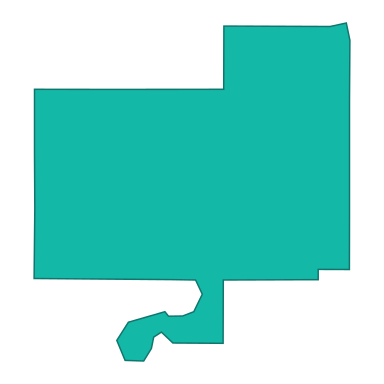 outline of Tallahatchie, Mississippi, United States of America
{"feature_id": "52423323B23057609078581", "entity_name": "Tallahatchie", "entity_type": "district", "adm_level": 2, "iso_a3": "USA", "parent_name": "United States of America", "parent_adm1": "Mississippi", "projection": "mercator", "projection_center": [-90.171, 33.931], "detail": "fine", "context": "isolated", "style": "filled", "palette": "teal", "viewbox_px": 384, "rotation_deg": 0, "n_neighbors": 0, "source": "geoboundaries", "source_scale": "gbopen_adm2", "svg_char_len": 549}
<svg xmlns="http://www.w3.org/2000/svg" viewBox="0 0 384 384"><path d="M346.3,23.0L330.1,26.5L233.7,26.1L223.9,26.1L223.7,89.3L131.4,89.4L99.8,89.4L34.5,89.3L34.5,152.5L34.8,208.3L34.1,278.5L170.8,279.6L195.6,280.0L202.3,294.2L193.8,311.7L182.6,316.0L168.5,316.2L164.9,311.7L128.4,322.2L116.8,340.4L125.1,360.4L143.7,361.0L151.4,348.5L153.7,337.1L161.4,332.1L172.9,343.0L223.1,343.3L223.3,280.0L307.6,279.7L318.2,279.7L318.2,269.4L349.4,269.5L349.5,216.0L349.5,100.4L349.9,40.3L346.3,23.0Z" fill="#14b8a6" stroke="#0f766e" stroke-width="1.5"/></svg>